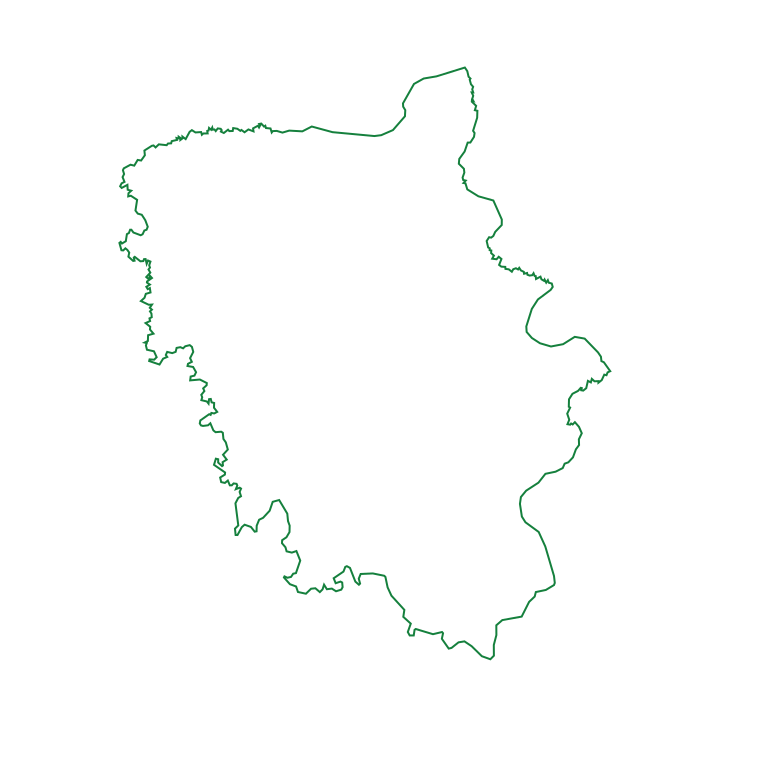 Hua Taphan, Amnat Charoen, Thailand, rotated 346°
{"feature_id": "78962969B24763205139340", "entity_name": "Hua Taphan", "entity_type": "district", "adm_level": 2, "iso_a3": "THA", "parent_name": "Thailand", "parent_adm1": "Amnat Charoen", "projection": "natural_earth1", "projection_center": [104.518, 15.665], "detail": "fine", "context": "isolated", "style": "outline", "palette": "green", "viewbox_px": 768, "rotation_deg": 346, "n_neighbors": 0, "source": "geoboundaries", "source_scale": "gbopen_adm2", "svg_char_len": 6124}
<svg xmlns="http://www.w3.org/2000/svg" viewBox="0 0 768 768"><g transform="rotate(346 384 384)"><path d="M540.7,141.5L538.4,140.3L540.7,136.4L537.5,131.3L538.0,129.8L539.1,130.7L538.6,128.7L540.3,125.9L539.6,122.3L541.1,122.7L540.9,119.4L542.4,117.2L540.9,114.2L540.8,109.4L541.8,108.6L540.4,106.3L540.5,100.6L539.0,96.5L509.3,98.2L496.4,97.2L485.7,100.1L470.3,116.3L469.7,119.6L470.9,123.4L469.1,129.3L454.1,139.8L441.5,141.9L434.7,141.1L395.0,127.2L376.2,116.7L365.9,119.1L353.3,115.2L346.3,115.5L341.2,112.5L337.3,111.7L335.9,112.8L335.7,108.6L331.4,107.1L331.3,104.7L329.9,105.2L327.9,101.6L325.9,101.5L326.5,103.0L324.8,104.9L324.2,102.9L318.8,104.3L318.5,107.3L314.0,104.2L309.6,106.0L307.1,103.0L305.8,103.6L303.5,100.9L299.6,99.2L298.4,101.9L295.1,101.2L294.2,99.5L289.3,101.7L286.8,99.6L287.9,98.4L287.3,96.9L284.5,95.8L281.9,97.9L281.1,96.0L279.4,95.8L279.4,93.6L277.8,95.5L276.2,93.2L275.1,95.6L273.7,95.7L273.5,98.2L269.3,97.2L267.6,98.1L267.5,95.3L261.9,94.3L259.0,91.2L256.4,92.3L250.8,98.4L248.3,95.2L248.0,96.9L245.6,97.9L246.2,96.3L244.6,94.4L244.2,96.1L242.2,95.1L242.2,97.1L236.8,97.0L235.7,99.0L232.6,98.4L230.9,99.7L223.5,97.0L219.6,99.2L218.1,96.8L216.4,96.7L208.0,99.5L207.3,104.2L202.4,108.4L199.2,107.0L194.5,111.7L191.1,109.9L183.7,111.8L182.4,113.4L182.6,117.4L180.4,120.0L181.1,125.1L178.0,125.8L175.8,128.3L176.9,130.3L183.2,128.7L182.3,133.5L185.5,135.3L182.2,137.1L181.2,140.1L183.9,140.1L189.0,145.6L184.8,155.6L186.3,159.1L189.9,161.2L192.0,167.3L192.8,174.3L190.9,176.9L188.6,177.1L186.0,180.3L183.9,180.8L177.5,176.4L176.2,173.2L175.0,172.9L173.0,175.8L170.8,176.4L168.0,183.0L163.7,184.3L162.9,182.4L161.4,183.1L161.6,190.7L163.3,191.3L165.9,189.8L167.4,191.8L168.6,194.9L166.8,198.6L170.4,203.9L171.8,204.0L171.8,200.8L172.9,200.3L177.3,206.0L180.2,206.5L181.4,204.8L182.9,205.1L182.8,210.0L184.9,207.1L187.0,208.7L184.9,212.0L185.1,214.4L183.2,215.9L184.2,219.4L179.2,222.7L181.0,225.3L183.1,222.4L184.5,225.0L178.9,227.2L178.5,228.2L180.9,230.9L176.9,232.2L177.7,234.8L180.0,234.3L179.6,238.7L174.7,238.9L172.5,242.4L168.2,244.7L174.9,250.2L178.1,250.8L175.2,253.4L176.8,255.7L174.5,256.9L175.4,259.4L174.8,263.0L172.3,263.6L172.3,266.3L167.4,267.2L171.0,271.9L170.1,274.5L172.5,279.4L166.9,279.6L165.3,285.1L161.8,285.9L163.7,286.9L162.3,289.0L162.3,293.4L168.7,296.6L169.9,303.0L166.9,304.8L162.5,303.4L161.7,304.9L170.9,310.8L175.8,306.0L180.2,305.3L179.3,303.1L181.4,300.4L186.0,302.8L189.6,302.4L191.5,298.8L195.3,299.0L197.7,300.8L200.3,299.3L204.9,299.3L206.6,301.5L206.7,306.7L202.1,312.0L202.9,316.0L198.7,317.0L197.7,319.0L202.9,321.3L204.5,327.1L202.1,330.0L198.2,330.0L196.8,333.6L206.4,335.1L212.3,340.2L211.6,342.3L207.5,344.5L208.0,347.4L204.1,350.3L204.4,352.9L202.9,355.5L207.9,358.1L209.0,360.6L210.6,356.4L212.3,356.6L212.3,360.1L214.6,361.3L213.3,365.9L215.4,370.7L212.1,371.5L209.5,370.3L208.3,372.0L207.1,371.0L197.0,374.9L195.7,377.7L196.4,379.9L198.2,380.9L203.3,381.5L206.0,380.1L207.2,387.7L208.9,390.0L214.5,390.9L215.8,392.3L214.9,398.5L216.4,402.4L216.6,409.8L210.7,413.7L213.1,419.3L208.5,420.8L208.0,424.1L207.0,424.5L204.1,420.1L204.9,416.9L202.8,415.8L199.5,421.3L208.4,431.4L207.7,433.4L202.4,435.1L202.3,439.8L205.7,441.5L209.1,439.9L209.9,445.0L211.8,445.5L214.0,444.1L216.8,445.2L217.1,447.0L214.8,450.2L218.9,449.7L220.0,450.9L217.8,453.8L218.1,458.3L215.0,459.3L211.0,463.8L208.4,486.0L204.4,488.3L203.5,494.6L205.3,495.1L211.4,488.5L214.7,486.8L220.3,490.5L222.8,496.0L224.7,496.1L226.2,490.7L230.0,485.5L234.3,484.6L242.4,479.3L247.5,471.4L254.2,471.2L258.8,486.4L257.7,493.8L258.2,498.6L256.5,504.8L252.3,509.1L247.4,510.9L246.5,513.8L248.9,518.6L249.0,522.8L253.8,525.3L258.6,524.9L260.0,535.1L252.8,546.2L250.0,546.1L247.1,548.7L243.4,548.6L240.9,546.6L240.1,547.5L244.3,555.5L249.7,559.2L250.2,565.0L257.5,568.6L263.7,565.0L268.0,565.6L271.4,570.4L274.7,568.4L277.3,564.2L278.9,569.3L283.9,569.9L287.3,573.5L292.8,573.2L294.7,571.1L295.4,566.5L294.0,565.2L288.9,565.6L288.2,560.3L299.3,556.2L302.2,552.1L303.9,551.8L306.5,554.2L308.4,568.8L311.1,572.7L312.5,571.9L312.4,566.8L315.4,562.7L327.3,565.1L337.8,570.1L338.7,571.5L338.3,582.2L340.0,591.2L349.1,608.1L346.4,614.6L352.0,623.0L347.1,630.4L348.1,634.2L352.0,635.2L354.2,629.9L355.5,629.4L371.0,638.6L380.3,638.7L381.0,640.1L378.5,645.2L382.8,656.4L385.7,656.4L393.8,652.7L399.8,653.2L405.6,659.6L413.1,671.8L420.6,676.8L424.9,674.2L427.4,663.8L432.3,654.8L434.6,645.3L441.7,641.7L461.3,643.0L472.1,630.5L478.8,626.7L481.0,622.6L491.2,623.0L500.3,620.2L501.6,618.3L502.5,611.4L501.2,580.7L498.3,565.0L487.8,552.4L485.7,546.0L486.9,533.2L489.5,526.8L496.1,521.9L510.0,517.1L518.9,510.2L529.3,510.6L537.1,508.8L540.0,505.0L543.9,504.6L549.6,500.9L554.4,493.8L558.5,490.4L559.7,484.8L564.0,479.6L562.8,472.7L560.0,467.2L557.3,468.9L556.0,467.6L554.8,468.5L552.3,467.4L555.1,463.5L554.6,457.1L558.9,451.9L557.8,450.8L559.8,443.6L564.5,439.1L570.7,437.6L574.0,435.3L574.9,435.8L573.9,437.8L575.7,438.6L579.2,437.0L582.6,430.3L585.1,432.5L586.9,429.3L588.9,432.3L592.8,433.1L592.4,434.6L596.2,432.9L600.0,428.2L602.0,429.3L603.8,426.8L606.6,426.3L602.6,416.1L600.5,414.4L601.1,410.0L599.3,405.1L589.7,388.5L580.5,384.4L567.4,388.7L555.1,388.0L545.2,382.2L538.6,375.1L535.0,368.0L536.0,362.6L545.6,346.9L553.8,339.2L568.5,333.0L571.2,330.6L571.1,327.1L568.4,325.6L568.1,322.9L565.9,324.9L565.1,321.5L564.2,322.6L562.1,320.5L561.8,317.7L556.9,318.9L557.3,316.0L556.3,315.6L555.9,312.7L554.2,314.3L551.5,314.0L549.6,312.7L549.7,310.9L546.6,310.9L546.8,309.0L544.3,306.9L543.3,304.0L541.8,305.3L540.0,303.6L537.2,303.9L535.2,306.0L532.8,302.9L529.7,301.7L530.0,299.7L526.2,298.5L524.5,296.3L528.2,291.1L526.1,288.3L523.4,290.2L519.3,288.6L521.7,286.0L519.6,282.9L520.4,280.4L518.9,279.7L519.4,277.9L518.1,276.7L518.2,270.1L521.5,267.0L523.4,267.9L525.9,266.8L528.7,263.3L536.7,258.2L538.1,252.9L534.5,232.4L521.0,224.7L511.9,215.3L511.6,209.1L509.8,208.2L512.5,206.4L510.2,205.2L510.2,202.7L513.1,198.3L513.6,194.5L509.9,188.4L511.5,183.8L518.5,177.9L523.6,170.0L526.2,170.6L531.1,166.0L532.6,162.4L531.7,159.9L538.8,148.2L540.7,141.5Z" fill="none" stroke="#15803d" stroke-width="2"/></g></svg>